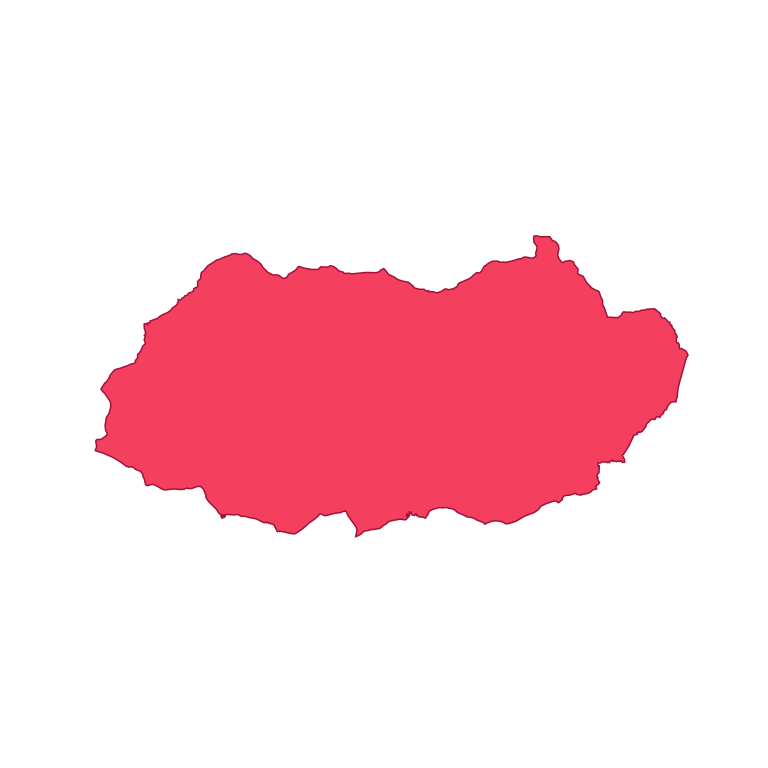 outline of Ieud, Maramures, Romania, rotated 68°
{"feature_id": "2599482B19254849512468", "entity_name": "Ieud", "entity_type": "district", "adm_level": 2, "iso_a3": "ROU", "parent_name": "Romania", "parent_adm1": "Maramures", "projection": "orthographic", "projection_center": [24.211, 47.638], "detail": "fine", "context": "isolated", "style": "filled", "palette": "rose", "viewbox_px": 768, "rotation_deg": 68, "n_neighbors": 0, "source": "geoboundaries", "source_scale": "gbopen_adm2", "svg_char_len": 6147}
<svg xmlns="http://www.w3.org/2000/svg" viewBox="0 0 768 768"><g transform="rotate(68 384 384)"><path d="M337.6,676.7L342.8,670.4L350.8,662.5L357.6,657.5L363.8,653.7L365.6,651.5L365.8,649.8L366.9,648.3L368.4,646.9L369.7,646.7L373.6,642.6L377.2,641.5L379.6,642.2L382.3,641.8L387.4,642.7L388.9,642.4L389.7,641.2L390.1,636.8L390.8,635.5L393.5,632.8L397.7,629.7L399.8,627.4L400.7,625.3L401.5,621.7L403.0,617.2L404.9,613.7L406.7,609.2L406.6,605.8L407.6,604.6L408.9,601.5L408.9,596.5L409.9,593.2L411.0,592.1L414.1,590.7L420.3,590.9L422.7,591.6L426.9,590.8L437.7,586.2L440.6,585.9L443.5,584.7L444.9,582.4L446.2,581.6L446.6,582.2L445.2,583.4L445.2,584.5L447.3,584.8L447.8,583.0L447.7,581.6L446.9,580.5L445.7,580.2L445.7,579.4L449.2,572.0L450.0,568.9L450.7,567.9L453.0,566.2L454.8,562.1L457.3,559.0L461.3,552.8L467.0,547.9L467.9,546.7L467.7,545.4L468.8,544.9L468.7,543.7L469.1,542.9L470.1,542.9L470.5,541.9L473.4,538.8L480.8,538.2L482.0,534.6L487.5,526.8L489.5,523.2L489.0,519.1L487.2,512.0L484.9,505.9L483.2,498.5L481.8,494.5L480.5,492.5L480.5,491.8L481.6,490.2L483.5,488.9L484.3,487.0L485.4,478.2L487.1,472.1L486.8,470.3L487.5,466.9L492.6,466.7L506.5,463.4L509.6,463.8L514.9,467.5L515.0,464.8L514.4,461.4L513.0,457.6L514.0,452.7L514.2,449.9L514.7,449.2L516.4,442.0L514.6,436.7L514.9,435.4L513.7,432.4L513.3,430.0L515.2,420.0L517.9,415.2L517.8,414.0L515.6,409.6L515.1,409.6L515.1,412.7L514.9,412.8L513.0,411.2L513.0,410.6L513.3,410.5L514.4,410.8L514.6,409.8L514.3,408.9L512.1,408.4L513.2,406.8L514.6,407.4L516.3,406.7L517.4,404.8L516.3,403.1L516.8,402.6L518.3,402.9L518.3,402.3L520.3,401.4L522.2,397.6L523.9,395.8L520.5,391.0L518.9,390.1L518.5,385.8L519.3,379.0L520.3,377.2L522.1,372.0L523.7,370.2L525.5,367.2L527.3,365.6L530.7,363.9L536.4,358.3L538.0,357.3L540.5,353.0L542.6,350.5L544.5,349.3L549.4,344.0L551.8,342.9L551.9,342.3L551.3,340.4L551.7,338.7L551.5,336.6L552.3,332.6L553.7,329.7L556.1,326.0L559.2,323.5L560.2,320.4L560.7,313.0L559.2,303.3L559.4,293.0L558.6,289.0L557.7,286.8L556.1,284.5L555.7,279.1L556.0,272.3L556.5,269.4L557.2,268.2L559.4,266.8L559.4,266.2L558.0,262.0L556.0,260.8L555.2,259.1L555.9,255.2L556.6,253.8L557.1,247.4L558.9,246.2L560.7,243.2L560.7,240.8L561.7,236.6L561.6,232.9L560.4,230.2L560.9,226.1L557.9,225.9L557.6,223.5L556.3,221.1L551.8,221.5L551.1,221.4L550.8,220.6L549.7,221.3L547.6,219.9L546.9,218.0L545.5,217.3L540.5,215.0L540.0,216.4L537.3,215.0L538.2,213.4L537.8,210.4L538.4,210.0L539.8,206.8L540.5,206.5L540.7,205.1L541.4,204.4L540.2,203.3L540.6,202.1L539.8,200.7L541.7,200.5L541.7,199.3L543.1,197.6L543.0,196.1L544.1,194.9L543.7,193.1L545.9,192.5L546.7,190.3L544.2,189.2L539.5,189.8L538.3,187.2L533.1,180.1L526.3,172.7L525.1,172.2L525.5,167.8L524.0,167.8L524.1,165.3L524.5,165.3L524.8,163.6L524.5,162.1L521.4,157.0L520.9,157.2L518.9,154.7L518.2,152.1L516.8,149.9L518.2,146.3L518.1,145.5L516.7,144.1L516.7,143.0L517.0,142.0L518.4,140.8L516.2,138.0L516.1,136.5L513.3,133.5L513.6,131.6L512.1,130.6L509.7,127.7L508.5,124.6L508.8,122.0L510.0,120.2L505.3,116.8L498.5,113.2L493.0,109.2L473.4,94.2L471.1,91.3L466.8,91.6L462.5,94.8L462.3,96.2L461.7,96.7L457.7,95.5L456.2,95.7L455.9,96.8L454.6,97.1L451.2,95.9L450.5,94.6L447.5,94.3L445.6,95.2L443.6,94.3L439.4,95.6L437.1,95.2L436.9,95.4L437.2,96.0L435.1,96.6L434.1,95.7L432.9,97.1L427.8,99.1L428.0,100.1L426.6,101.6L424.1,102.0L422.8,101.2L420.2,102.2L419.4,103.2L417.5,103.6L416.8,105.0L415.7,104.8L413.2,112.0L412.8,115.5L412.0,117.7L412.2,119.6L412.0,121.4L411.1,122.4L411.0,126.7L409.6,128.6L408.6,131.6L406.8,134.9L407.8,137.0L408.8,137.5L410.1,142.3L405.7,151.7L395.5,151.2L392.4,151.6L388.2,150.0L383.8,150.4L379.2,150.0L377.9,150.6L376.3,152.6L372.9,155.3L366.1,158.1L358.8,159.0L354.3,163.2L350.3,161.0L344.7,162.7L341.7,162.6L339.1,165.3L338.0,171.0L338.4,172.7L337.7,173.6L333.0,174.9L329.5,174.7L324.7,171.4L321.0,170.3L316.4,171.6L313.8,174.2L309.4,175.1L306.3,183.4L304.1,186.4L303.0,189.4L304.0,190.3L308.7,191.9L312.9,190.8L315.0,190.9L319.4,194.3L322.2,195.0L323.2,197.7L322.4,200.5L320.6,202.9L318.8,206.4L319.2,210.0L318.4,212.7L318.2,217.1L316.9,225.5L315.7,227.3L315.4,229.0L314.7,230.2L312.1,233.5L310.7,238.2L311.4,243.1L312.2,244.9L312.2,246.7L315.8,251.2L316.9,253.9L315.5,256.1L315.5,256.9L317.9,263.8L318.3,265.7L318.6,276.7L319.1,277.9L320.7,279.4L321.3,280.7L321.6,284.5L320.6,289.4L319.6,290.0L318.7,292.0L319.5,295.6L319.5,300.1L318.6,302.1L317.1,303.3L315.8,306.7L314.1,307.8L314.0,308.2L314.6,308.6L313.0,310.5L311.3,311.2L309.3,315.9L306.3,319.8L304.2,320.3L298.6,323.4L295.7,328.0L292.6,331.8L288.5,334.6L283.9,338.8L278.2,340.3L276.9,341.1L277.1,344.3L278.2,346.7L277.7,349.9L273.9,358.7L269.7,373.0L268.4,374.5L266.6,379.3L264.6,380.3L262.5,383.3L258.4,385.2L256.2,386.8L254.3,389.1L254.4,392.8L251.6,399.0L253.0,401.5L252.9,402.6L250.5,408.5L246.1,415.4L243.3,418.3L243.3,420.3L244.5,421.7L245.5,424.2L246.5,431.2L248.6,434.0L248.6,437.8L243.7,441.0L242.8,442.3L241.4,446.0L236.9,449.9L230.4,452.7L227.1,453.0L223.2,455.0L218.2,458.8L214.8,460.0L213.1,461.3L210.8,463.5L210.5,467.6L209.3,470.3L207.3,473.0L207.0,474.9L206.3,476.4L206.9,478.4L206.5,483.7L206.7,490.1L206.4,492.7L208.4,503.1L211.7,509.1L212.0,511.1L212.8,512.1L217.5,514.6L218.7,517.6L219.7,518.7L223.5,520.1L224.4,521.4L224.4,522.1L224.0,522.6L224.4,524.6L225.7,525.2L226.4,526.7L226.9,528.5L226.5,530.2L226.7,531.6L228.0,533.1L227.6,535.4L228.8,537.6L228.8,539.3L229.8,540.6L229.6,542.0L228.5,543.3L230.7,543.8L231.6,545.3L232.8,545.9L234.3,551.9L235.5,553.5L236.7,558.1L236.8,563.7L237.3,566.7L238.3,569.1L238.0,577.2L239.4,578.4L238.8,580.8L240.4,581.1L238.5,583.0L238.6,584.0L243.0,585.5L245.6,585.4L247.2,586.3L248.4,586.0L249.1,588.0L250.3,587.4L252.9,589.7L257.3,590.1L258.4,593.4L262.1,597.0L264.0,600.3L264.1,601.3L267.5,602.7L268.6,605.0L271.3,607.4L270.7,611.6L270.9,614.7L270.6,622.4L269.9,627.5L270.3,629.3L273.1,634.4L276.0,637.3L278.4,641.4L278.4,642.4L282.6,648.3L283.4,648.4L288.4,646.4L296.4,644.6L298.5,644.5L302.3,645.6L307.2,649.1L309.1,651.0L311.0,654.0L315.7,656.8L317.9,658.1L322.0,659.3L326.1,659.3L327.5,659.8L329.4,667.0L328.0,670.7L328.2,671.8L328.8,672.6L334.4,673.9L337.6,676.7Z" fill="#f43f5e" stroke="#9f1239" stroke-width="1.5"/></g></svg>